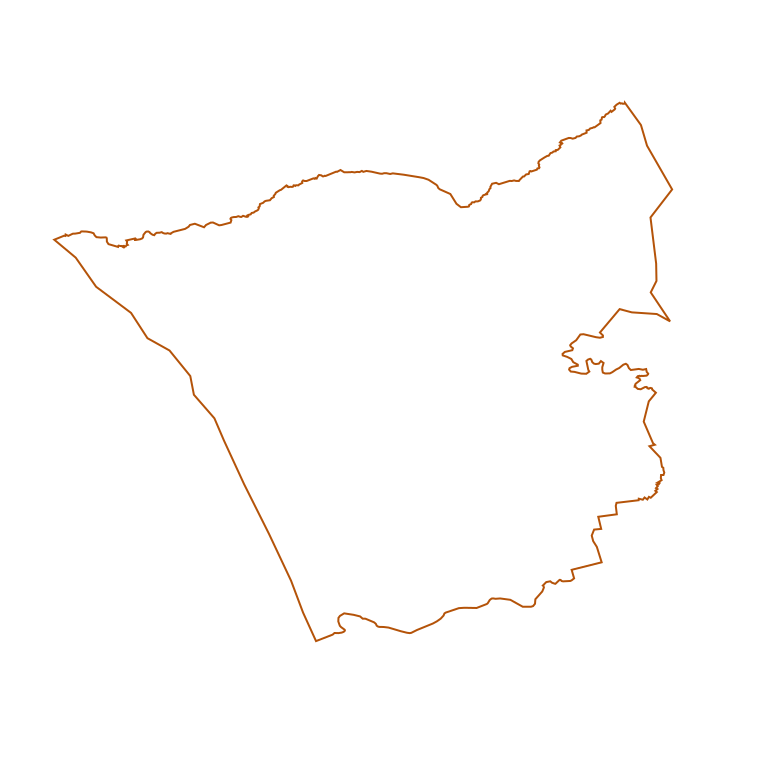 Weija Gbawe Municipal, Greater Accra, Ghana, rotated 83°
{"feature_id": "2480657B6669757606157", "entity_name": "Weija Gbawe Municipal", "entity_type": "district", "adm_level": 2, "iso_a3": "GHA", "parent_name": "Ghana", "parent_adm1": "Greater Accra", "projection": "equal_earth", "projection_center": [-0.376, 5.542], "detail": "fine", "context": "isolated", "style": "outline", "palette": "amber", "viewbox_px": 768, "rotation_deg": 83, "n_neighbors": 0, "source": "geoboundaries", "source_scale": "gbopen_adm2", "svg_char_len": 6159}
<svg xmlns="http://www.w3.org/2000/svg" viewBox="0 0 768 768"><g transform="rotate(83 384 384)"><path d="M171.3,429.0L173.1,436.1L172.8,438.1L172.1,439.5L173.0,440.6L174.5,440.6L175.7,444.0L176.4,444.7L176.0,447.1L176.6,447.9L175.8,449.1L175.8,449.5L177.0,450.2L177.2,451.2L176.8,453.1L177.0,454.7L176.6,455.7L175.8,455.6L175.0,456.6L178.7,462.5L179.0,463.9L181.0,468.1L182.0,468.6L183.8,470.5L185.0,470.5L185.9,472.9L187.7,474.8L187.8,478.8L188.2,480.3L189.4,481.8L190.3,485.2L192.6,485.8L193.4,487.1L194.2,486.8L195.7,487.6L196.4,488.9L197.0,490.9L198.0,492.5L198.1,494.5L199.4,495.7L199.5,497.2L200.0,499.1L200.3,499.4L201.0,498.5L201.4,498.9L201.3,500.4L199.9,503.4L200.8,505.2L200.6,506.2L199.7,508.2L200.2,510.3L200.0,512.8L200.2,514.8L200.6,515.8L201.4,516.3L202.7,515.5L205.1,516.6L206.4,526.0L206.4,528.3L202.9,534.0L202.7,536.3L204.5,541.3L206.5,543.5L201.9,552.2L202.5,557.2L204.1,558.8L205.8,562.5L207.3,574.3L208.5,577.2L209.0,577.5L207.9,580.6L208.2,581.8L207.9,583.4L207.3,584.8L206.2,586.1L206.5,588.5L206.2,591.2L207.0,592.7L208.3,593.9L207.6,595.6L205.8,597.6L204.7,598.2L203.9,599.4L203.8,601.2L204.2,602.1L206.5,604.5L209.1,605.3L210.0,606.2L210.6,608.3L210.8,612.9L210.7,613.7L210.3,613.7L209.6,612.8L209.2,613.1L210.1,622.3L211.4,621.6L213.4,622.2L214.7,621.4L214.9,622.6L216.0,623.7L215.8,624.5L215.2,625.2L215.2,625.6L216.3,625.3L216.7,625.4L216.7,625.8L215.0,627.8L214.9,629.0L214.3,630.5L214.7,631.1L215.5,631.3L211.6,640.4L208.9,641.7L205.7,641.4L204.9,641.6L204.5,642.6L204.1,647.4L203.2,651.5L201.3,653.0L199.0,653.9L197.8,656.3L196.5,660.5L195.7,665.4L195.8,666.1L196.9,667.3L197.1,672.1L196.9,674.6L198.5,679.3L196.9,681.7L198.1,681.9L198.3,682.3L197.8,683.3L200.6,693.7L221.0,674.6L252.4,657.9L282.6,626.4L309.7,613.2L324.6,592.8L352.5,575.3L371.5,574.0L397.4,556.5L420.4,549.8L466.3,535.1L519.1,516.3L568.0,500.2L601.0,492.2L630.9,482.8L626.5,465.5L625.1,463.5L625.7,459.6L625.6,456.3L625.1,454.3L624.4,453.2L623.6,452.8L622.9,453.2L620.1,456.2L618.6,457.3L614.1,458.3L610.6,457.7L608.8,456.0L606.8,451.5L609.4,442.3L611.8,436.0L614.3,433.8L614.7,431.0L619.4,422.8L621.1,421.3L623.0,420.7L624.1,419.4L624.6,418.0L625.1,414.1L626.3,409.2L631.4,397.5L633.7,391.5L634.4,388.8L634.3,387.2L632.2,381.3L627.7,364.7L626.0,360.4L623.8,356.3L621.1,353.1L619.1,352.0L618.4,350.6L615.6,337.0L615.9,331.5L617.6,319.4L614.9,308.8L614.3,307.8L611.3,305.4L610.1,303.4L610.1,301.9L610.8,299.4L611.0,294.9L613.6,284.9L622.0,273.4L623.0,265.3L622.6,263.1L620.5,260.9L616.1,260.0L609.2,252.2L607.8,251.4L605.5,250.1L604.0,250.3L603.4,250.9L600.4,247.1L600.1,243.0L601.7,241.5L603.1,238.7L603.2,238.2L599.8,233.6L600.0,232.6L601.2,231.7L601.7,230.3L602.2,223.2L601.8,221.8L600.1,219.0L591.3,220.4L587.5,189.7L571.6,192.6L565.5,195.5L559.8,196.3L554.1,193.2L554.3,186.1L541.9,187.5L541.7,168.8L533.2,168.8L530.3,167.7L530.4,145.4L528.9,145.1L530.4,141.2L528.4,139.2L530.7,136.7L528.3,134.8L529.4,133.1L524.5,126.4L523.1,127.7L521.6,125.4L520.5,126.7L518.9,124.8L517.3,125.6L517.2,123.7L516.1,122.7L515.3,124.7L513.3,120.2L511.2,120.7L508.1,120.1L508.4,117.7L506.1,116.6L503.6,117.1L501.2,117.0L500.1,118.2L491.0,118.6L478.1,128.1L477.3,122.6L475.6,124.2L453.0,130.8L433.5,123.3L425.8,115.2L422.1,118.5L421.1,118.5L420.4,119.7L420.4,120.6L421.0,121.7L420.3,123.1L419.6,123.0L418.9,123.9L418.9,125.5L420.5,129.8L419.8,132.7L417.8,134.5L417.3,135.5L416.5,134.8L416.1,135.2L414.4,134.2L411.4,129.2L409.9,129.7L408.9,130.9L408.3,132.3L407.2,131.2L407.0,129.3L407.5,128.3L407.3,127.1L407.6,126.2L407.7,122.3L406.6,120.8L406.0,120.5L403.9,121.8L401.1,122.0L401.4,125.3L400.1,129.3L400.2,137.3L398.1,139.0L394.8,140.0L393.4,141.5L394.0,144.1L396.8,148.6L397.9,151.8L400.1,156.0L401.0,158.5L400.5,163.3L399.3,165.4L396.5,165.6L393.9,165.3L389.9,163.5L387.7,165.9L390.0,168.3L390.0,171.4L389.4,173.1L387.7,174.6L385.0,175.3L384.1,176.3L384.6,178.5L385.8,180.3L394.9,179.5L396.7,178.7L398.5,182.0L397.7,187.0L395.2,193.4L394.4,197.1L392.3,198.5L390.9,197.9L389.9,195.4L389.5,189.4L388.4,189.3L385.4,193.5L382.0,195.0L379.4,198.9L377.4,203.1L375.9,203.1L374.2,200.6L373.4,193.0L371.6,192.1L369.5,194.1L368.2,194.5L366.6,192.9L364.0,187.9L358.8,183.1L358.9,179.9L363.4,167.8L364.4,164.0L364.0,161.0L362.5,160.8L359.2,163.4L338.4,141.0L343.1,129.3L347.8,104.7L356.7,92.4L325.6,108.1L314.9,101.0L297.7,99.2L251.2,99.2L226.0,74.3L179.5,93.9L158.3,97.4L134.1,110.7L135.1,111.0L135.0,112.8L134.4,113.6L134.5,115.0L133.6,115.8L135.1,119.1L137.0,121.6L138.9,121.0L139.6,121.6L141.6,125.0L140.4,125.8L142.8,128.6L143.6,131.1L145.3,132.2L145.9,133.0L145.7,134.8L146.0,135.2L148.1,135.8L148.7,137.2L151.4,137.3L154.9,143.7L154.7,144.7L155.2,145.7L155.5,148.2L156.8,149.8L157.0,152.1L159.3,152.3L160.6,157.4L161.2,158.0L161.9,160.0L161.9,162.5L163.1,163.9L163.5,166.8L162.6,168.8L162.3,170.6L164.1,178.4L165.7,179.9L166.6,177.9L167.0,177.7L167.3,178.2L167.3,179.1L168.3,179.5L168.7,180.7L170.6,180.1L172.8,183.0L172.8,185.0L173.9,185.2L173.9,187.5L174.8,188.6L175.1,190.6L177.5,192.7L177.5,194.2L178.7,197.1L181.1,202.1L182.4,203.5L183.9,203.9L185.0,203.2L186.2,203.7L188.1,203.3L188.8,203.9L188.7,205.4L189.9,206.2L191.0,211.8L190.5,212.5L190.6,213.5L193.2,214.8L193.3,217.4L195.1,219.7L195.0,220.8L198.3,224.9L198.8,225.1L198.9,225.7L198.5,228.3L197.8,230.1L198.1,232.5L197.7,234.4L199.7,245.6L198.0,248.2L198.4,252.3L201.3,254.4L202.5,254.4L203.5,255.7L205.4,256.6L206.7,258.3L208.1,258.4L208.3,258.9L207.8,259.8L208.5,260.7L208.7,262.4L209.4,263.2L210.4,263.6L211.0,265.1L212.4,265.3L213.5,266.1L214.2,268.6L213.9,271.0L214.7,272.3L214.4,274.0L214.6,274.8L216.0,275.6L216.6,277.5L218.1,278.1L218.3,279.1L217.9,286.1L214.0,290.1L203.5,295.0L197.5,305.0L196.0,306.3L194.1,306.8L192.8,307.6L186.7,314.9L184.4,319.6L183.0,324.0L178.7,338.8L176.0,349.6L176.3,352.3L175.1,355.8L174.8,358.3L175.1,360.2L174.7,362.3L171.8,370.4L170.4,375.5L170.9,378.7L169.8,380.0L170.7,382.4L170.2,384.8L170.4,387.4L169.6,390.2L169.7,391.5L169.0,397.7L166.3,401.1L167.7,404.8L167.4,405.6L170.4,416.6L170.1,417.6L170.5,418.6L170.4,419.6L169.3,420.7L168.6,423.0L169.7,424.3L171.9,425.8L171.2,427.0L171.8,427.3L171.9,427.8L171.3,429.0Z" fill="none" stroke="#b45309" stroke-width="2"/></g></svg>